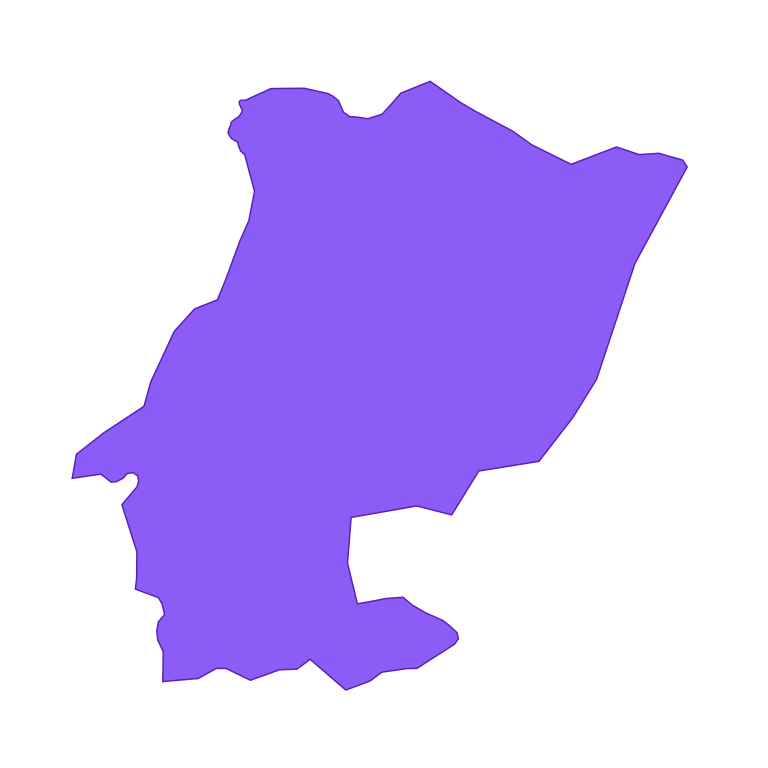 the district of Macina, Ségou, Mali, rotated 86°
{"feature_id": "8926073B71452714760112", "entity_name": "Macina", "entity_type": "district", "adm_level": 2, "iso_a3": "MLI", "parent_name": "Mali", "parent_adm1": "Ségou", "projection": "mercator", "projection_center": [-5.365, 14.021], "detail": "fine", "context": "isolated", "style": "filled", "palette": "violet", "viewbox_px": 768, "rotation_deg": 86, "n_neighbors": 0, "source": "geoboundaries", "source_scale": "gbopen_adm2", "svg_char_len": 1486}
<svg xmlns="http://www.w3.org/2000/svg" viewBox="0 0 768 768"><g transform="rotate(86 384 384)"><path d="M648.6,332.0L643.4,327.5L637.1,328.6L630.3,334.9L624.1,341.7L615.0,358.8L606.5,371.3L598.1,379.9L598.1,397.0L599.3,406.3L600.0,412.5L601.4,425.9L560.2,432.9L514.8,426.1L507.9,360.0L519.3,325.6L477.4,295.5L471.9,234.8L430.4,197.8L394.1,171.6L281.3,125.3L188.6,66.4L181.5,70.3L173.0,94.0L173.0,113.4L163.8,135.6L177.9,182.1L155.5,220.2L141.0,237.7L117.7,274.7L108.9,287.6L85.3,316.9L95.0,346.9L104.4,356.2L114.8,367.2L118.2,381.5L117.5,385.1L116.0,391.5L114.9,399.4L110.1,405.4L98.5,409.5L93.4,414.8L90.5,419.3L83.4,443.0L81.4,476.2L90.4,500.2L91.1,501.3L91.1,507.5L92.0,508.6L94.4,508.8L97.8,507.5L101.9,506.1L106.9,509.9L110.3,515.7L112.3,518.1L114.9,518.8L118.5,520.8L122.7,522.1L128.1,519.4L131.3,515.1L132.2,513.2L136.5,512.5L141.6,510.8L145.3,507.0L182.7,499.7L211.6,507.4L231.1,517.7L269.8,535.1L288.4,544.3L295.8,567.6L316.8,589.5L365.6,616.5L389.5,625.0L413.2,667.0L432.6,695.7L456.3,701.6L454.2,672.6L462.8,663.1L462.8,657.9L459.9,651.0L455.3,646.1L455.0,640.4L458.5,636.1L463.7,635.5L469.4,637.6L486.1,653.9L534.3,642.2L560.5,644.3L571.3,646.3L581.3,624.1L587.8,620.7L598.8,619.0L605.4,625.6L614.3,627.9L623.6,627.6L635.6,622.9L665.4,625.4L664.8,589.9L656.1,571.3L656.7,561.5L670.2,537.9L661.8,508.3L662.4,490.9L653.5,476.9L686.6,443.5L679.3,418.6L671.3,406.2L669.5,380.7L670.0,370.9L663.1,358.6L648.6,332.0Z" fill="#8b5cf6" stroke="#5b21b6" stroke-width="1.5"/></g></svg>